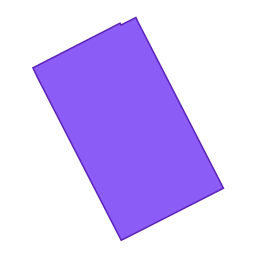 Scotts Bluff, Nebraska, United States of America (Mercator projection), rotated 243°
{"feature_id": "52423323B66361254084012", "entity_name": "Scotts Bluff", "entity_type": "district", "adm_level": 2, "iso_a3": "USA", "parent_name": "United States of America", "parent_adm1": "Nebraska", "projection": "mercator", "projection_center": [-103.789, 41.851], "detail": "fine", "context": "isolated", "style": "filled", "palette": "violet", "viewbox_px": 256, "rotation_deg": 243, "n_neighbors": 0, "source": "geoboundaries", "source_scale": "gbopen_adm2", "svg_char_len": 357}
<svg xmlns="http://www.w3.org/2000/svg" viewBox="0 0 256 256"><g transform="rotate(243 128 128)"><path d="M224.8,70.6L214.1,70.3L31.1,71.0L31.1,72.2L31.0,73.6L31.0,80.8L31.0,81.9L31.0,103.8L31.0,107.2L31.0,115.0L31.0,172.3L31.0,185.7L217.6,185.0L222.9,185.2L222.9,168.5L225.0,168.5L224.8,70.6Z" fill="#8b5cf6" stroke="#5b21b6" stroke-width="1.5"/></g></svg>